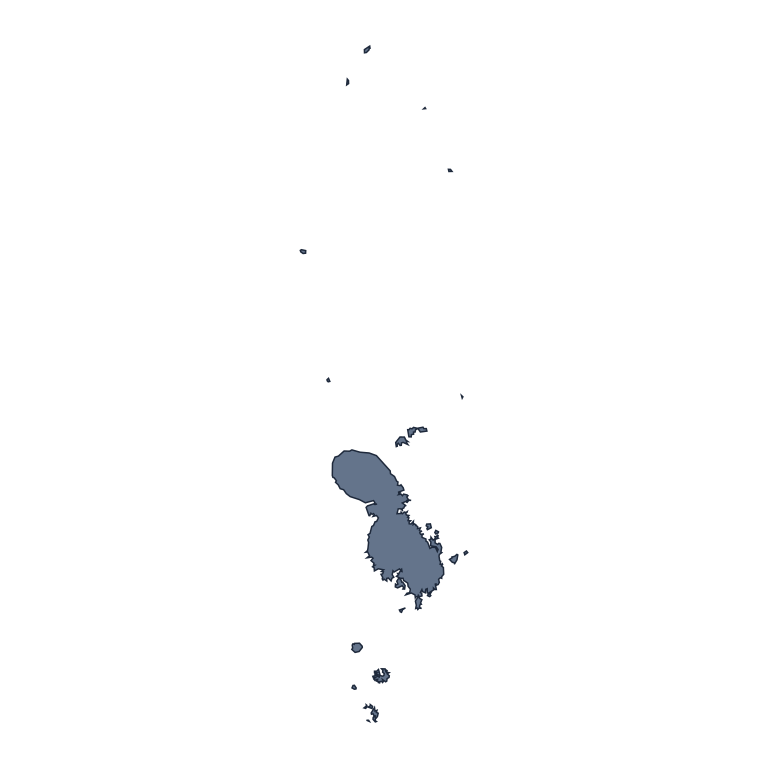 Kepulauan Sangihe, Sulawesi Utara, Indonesia (orthographic projection)
{"feature_id": "22746128B28296608330436", "entity_name": "Kepulauan Sangihe", "entity_type": "district", "adm_level": 2, "iso_a3": "IDN", "parent_name": "Indonesia", "parent_adm1": "Sulawesi Utara", "projection": "orthographic", "projection_center": [125.547, 3.902], "detail": "fine", "context": "isolated", "style": "filled", "palette": "slate", "viewbox_px": 768, "rotation_deg": 0, "n_neighbors": 0, "source": "geoboundaries", "source_scale": "gbopen_adm2", "svg_char_len": 6131}
<svg xmlns="http://www.w3.org/2000/svg" viewBox="0 0 768 768"><path d="M367.7,552.0L369.5,555.7L367.0,557.8L371.7,557.1L373.0,558.2L371.0,560.6L374.0,563.2L373.5,565.0L374.9,565.2L372.6,566.8L374.1,567.7L374.4,570.9L378.3,568.8L383.6,569.8L381.5,571.5L383.4,571.8L382.7,573.8L381.0,574.3L382.7,577.3L382.2,578.9L383.0,580.1L384.0,579.1L386.8,581.0L386.7,578.4L388.3,578.0L391.1,580.9L391.9,578.3L393.8,577.2L392.2,574.8L393.0,570.8L394.1,572.0L399.5,568.9L400.6,570.1L401.6,569.2L402.0,571.5L400.3,571.0L398.9,573.5L397.7,573.5L398.5,574.7L396.5,576.3L400.4,578.3L403.1,578.3L403.5,580.3L407.7,583.1L408.1,586.3L410.3,589.1L410.0,591.3L409.4,592.8L407.0,593.2L405.8,594.8L411.3,593.0L415.0,594.9L415.3,597.7L415.9,596.7L418.0,596.5L418.3,595.3L419.4,596.8L422.0,595.9L421.7,593.3L420.4,592.5L421.9,589.6L422.5,591.6L425.4,592.8L425.8,589.3L427.2,588.7L427.3,592.9L428.5,593.2L433.6,589.9L433.5,588.1L434.9,589.5L436.3,589.5L435.3,584.1L436.0,583.9L436.2,585.3L438.2,584.5L439.3,582.4L438.6,579.3L440.3,577.8L441.7,578.3L441.7,576.6L443.7,574.3L443.4,567.5L441.6,566.0L442.6,564.4L442.2,563.7L441.3,564.6L440.1,564.3L440.7,561.3L439.7,560.7L439.0,556.0L439.4,554.4L441.8,552.6L440.9,552.1L441.7,547.4L439.9,543.5L438.7,543.3L437.7,544.4L435.1,542.9L435.1,539.4L438.3,538.2L437.6,537.7L438.1,535.6L437.3,535.1L436.5,536.7L434.9,536.6L435.5,538.3L433.1,540.1L431.0,537.2L430.9,539.1L429.2,539.8L430.9,542.0L430.6,545.8L436.2,546.8L438.1,549.4L437.3,551.5L435.4,547.4L432.0,547.3L429.9,548.4L427.6,542.1L426.1,541.3L425.9,539.0L422.1,537.4L421.9,535.2L423.8,533.8L420.7,534.3L420.0,533.4L419.8,532.4L422.0,530.9L420.7,531.3L419.4,530.3L420.4,527.9L417.5,528.6L417.7,526.7L416.2,525.5L415.6,526.1L416.0,525.0L414.5,523.9L413.1,524.7L413.4,521.4L411.1,524.0L409.2,523.8L409.1,522.2L410.6,520.8L408.0,520.6L408.9,517.8L407.6,517.2L409.0,515.5L406.4,515.0L405.6,513.0L407.0,512.3L407.2,511.7L405.9,512.6L404.7,512.0L402.3,513.7L401.1,512.1L400.9,513.5L397.0,513.7L398.2,508.9L400.4,508.7L402.4,510.3L402.2,508.6L403.7,508.1L404.9,505.6L406.2,505.9L402.3,503.0L405.6,501.5L407.1,502.4L407.9,501.5L406.9,500.8L406.8,500.5L407.2,500.3L411.1,500.4L408.5,499.8L406.8,497.0L408.0,495.7L407.0,494.9L403.6,494.1L402.4,495.7L401.0,494.1L398.5,494.6L399.8,493.1L398.8,493.2L398.6,492.1L403.9,490.1L403.2,487.8L401.0,484.8L400.1,485.6L397.5,485.2L398.0,482.0L396.7,481.2L394.5,476.5L390.5,473.7L390.2,470.9L376.4,455.6L369.2,453.0L360.0,452.2L351.9,449.9L349.5,451.2L344.1,451.0L338.4,456.1L335.0,457.1L332.5,463.2L332.3,475.5L332.9,477.4L334.2,477.8L336.4,480.8L335.5,482.3L338.2,484.8L340.2,488.7L343.6,489.7L346.3,493.6L350.2,496.6L359.4,499.6L365.4,502.8L373.5,500.6L374.7,502.3L374.9,504.3L377.1,504.0L375.0,504.5L374.4,504.3L374.7,503.7L373.5,503.9L367.5,505.9L366.1,507.4L369.0,515.6L369.8,515.7L370.9,513.2L372.1,514.3L373.5,513.6L374.3,514.6L373.1,516.4L376.5,515.5L378.4,517.9L376.6,521.5L375.1,521.7L373.5,525.5L371.8,526.5L370.0,533.4L368.0,534.7L369.3,537.0L367.8,540.0L368.6,542.4L368.0,548.2L367.5,550.6L365.7,552.2L367.7,552.0ZM385.1,668.9L381.6,668.8L382.9,670.4L382.6,672.2L384.2,673.5L383.9,675.5L382.7,676.2L380.2,675.6L378.5,669.5L376.7,671.2L374.5,671.2L374.5,672.6L376.9,672.8L374.4,674.4L376.6,674.1L379.5,675.4L379.2,677.1L376.1,675.4L372.8,676.3L373.3,677.6L375.7,677.4L373.8,679.0L375.0,680.4L376.4,679.5L377.6,679.4L376.6,681.1L378.4,681.5L378.3,682.5L379.6,682.9L379.9,681.7L381.6,681.3L382.6,682.5L383.4,681.4L382.7,679.7L385.6,681.8L386.7,681.2L387.1,678.6L389.0,677.5L389.3,675.8L387.2,673.8L389.0,672.7L386.6,672.3L387.1,670.7L386.1,670.0L385.6,670.8L385.1,668.9ZM417.3,428.3L413.5,427.4L412.0,428.8L410.1,428.3L409.0,429.7L407.7,429.7L408.9,436.8L411.2,436.9L411.4,434.6L413.6,434.2L413.5,432.1L415.1,432.0L415.6,429.6L418.0,428.6L420.4,432.0L426.9,431.1L426.3,428.6L423.8,428.6L423.0,427.2L417.3,428.3ZM359.5,643.2L354.5,643.4L354.2,644.3L353.0,643.8L352.2,645.1L352.7,648.0L351.8,649.4L355.1,652.4L359.1,651.5L362.3,647.5L362.2,646.2L359.5,643.2ZM404.4,437.1L400.0,437.0L395.7,442.5L396.3,446.6L397.3,446.2L397.1,444.5L398.2,443.2L400.1,445.5L401.3,445.3L401.5,442.9L403.1,442.4L407.8,444.5L406.4,442.4L406.5,441.4L407.8,441.5L405.8,440.0L404.4,437.1ZM401.8,582.2L400.8,579.5L398.7,578.2L396.8,581.2L397.9,584.1L396.6,584.9L395.5,584.1L395.3,586.9L397.6,587.9L402.2,585.7L403.7,587.6L402.9,589.0L404.6,589.1L405.1,585.6L402.7,582.1L401.8,582.2ZM419.7,598.5L418.3,596.5L415.4,601.1L416.3,605.2L415.7,608.5L417.1,608.0L417.8,609.5L419.0,608.1L421.6,608.4L420.1,607.8L419.5,606.2L420.3,604.3L421.3,604.2L420.6,602.9L421.9,599.6L419.7,598.5ZM457.8,554.9L456.9,554.4L454.7,556.3L451.9,557.0L452.0,557.9L449.5,559.4L452.3,562.3L454.8,562.8L454.3,564.3L457.0,559.8L457.8,554.9ZM375.0,711.1L374.5,707.6L371.2,713.0L371.5,714.2L373.0,713.8L373.9,715.5L375.4,715.9L375.0,717.1L374.3,716.0L373.2,717.4L373.0,719.3L375.3,721.9L376.4,721.5L375.2,720.6L375.3,719.1L377.4,716.6L378.2,713.2L376.4,712.4L377.0,710.3L375.0,711.1ZM430.4,523.9L426.7,524.1L426.2,525.8L427.9,526.9L426.9,528.7L427.4,529.7L431.3,527.7L430.4,523.9ZM369.7,46.1L364.4,49.6L364.5,52.8L366.4,52.5L369.0,49.9L369.3,48.0L370.0,48.1L369.7,46.1ZM301.4,249.7L300.3,250.4L300.8,251.9L303.1,253.5L305.6,253.2L305.7,250.6L301.4,249.7ZM354.4,685.3L353.0,685.5L352.0,687.9L354.3,689.2L355.9,689.0L356.2,688.0L354.4,685.3ZM405.4,607.9L399.4,610.0L400.3,611.8L401.5,612.3L402.6,609.7L405.4,607.9ZM435.8,530.4L434.8,532.5L435.7,533.9L438.3,532.8L438.5,531.8L435.8,530.4ZM429.9,594.3L431.1,592.4L428.6,593.5L427.5,595.6L429.7,596.6L430.8,595.6L429.9,594.3ZM348.6,83.6L348.5,80.5L347.3,79.1L346.7,84.9L348.6,83.6ZM329.8,381.4L328.5,378.3L327.0,379.7L327.2,380.8L328.2,381.8L329.8,381.4ZM467.7,552.6L466.4,551.0L464.1,552.6L464.8,554.8L467.7,552.6ZM450.5,169.4L448.4,169.3L448.9,171.5L452.0,171.4L450.5,169.4ZM372.6,706.4L370.3,704.6L370.3,705.8L368.1,707.1L372.0,708.5L372.6,706.4ZM367.0,706.6L366.8,705.3L366.3,704.9L366.5,705.9L364.0,707.9L365.7,708.4L367.0,706.6ZM425.6,108.6L425.0,107.6L423.7,108.8L425.6,108.6ZM368.6,720.3L366.5,720.2L369.3,721.4L368.6,720.3ZM462.9,396.8L461.5,395.5L462.2,398.1L462.9,396.8Z" fill="#64748b" stroke="#1e293b" stroke-width="1.5"/></svg>